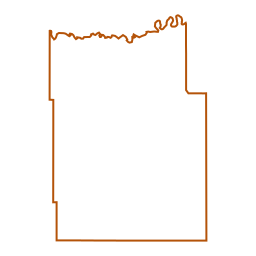 Tripp, South Dakota, United States of America (Equal Earth projection)
{"feature_id": "52423323B24567784344000", "entity_name": "Tripp", "entity_type": "district", "adm_level": 2, "iso_a3": "USA", "parent_name": "United States of America", "parent_adm1": "South Dakota", "projection": "equal_earth", "projection_center": [-99.824, 43.382], "detail": "fine", "context": "isolated", "style": "outline", "palette": "amber", "viewbox_px": 256, "rotation_deg": 0, "n_neighbors": 0, "source": "geoboundaries", "source_scale": "gbopen_adm2", "svg_char_len": 3009}
<svg xmlns="http://www.w3.org/2000/svg" viewBox="0 0 256 256"><path d="M49.7,30.8L49.6,99.7L53.3,99.9L53.3,125.4L53.2,202.3L56.6,202.2L56.6,240.4L72.7,240.4L72.8,240.4L74.5,240.4L93.6,240.5L95.1,240.5L100.3,240.5L110.1,240.5L112.4,240.5L112.5,240.5L117.7,240.6L119.8,240.6L128.9,240.6L130.7,240.6L132.9,240.6L135.2,240.6L141.5,240.6L144.3,240.6L145.7,240.6L146.4,240.6L149.1,240.6L153.6,240.6L159.3,240.6L163.0,240.6L164.7,240.6L168.7,240.6L169.2,240.6L198.5,240.6L206.1,240.6L206.4,240.6L206.1,93.3L203.9,93.4L198.0,93.3L192.2,93.3L188.4,93.3L186.1,90.1L186.1,85.2L186.1,80.5L186.1,72.6L186.1,70.0L186.1,62.2L186.1,53.5L186.0,45.0L186.0,35.2L186.0,23.8L185.7,22.8L185.4,23.0L184.9,23.4L184.5,23.8L184.0,24.1L183.4,24.3L182.9,24.5L182.1,24.4L181.9,24.2L181.6,23.8L181.7,23.2L181.8,22.6L181.9,22.4L181.8,21.5L182.0,21.1L182.1,20.3L182.0,19.7L181.9,19.2L181.6,18.1L181.1,17.2L180.4,16.8L179.6,16.3L178.6,15.5L178.1,15.4L177.4,15.4L176.9,15.7L176.5,15.9L176.2,16.3L176.2,16.9L176.3,17.6L176.5,17.9L176.7,18.5L176.6,19.1L176.8,19.7L176.9,20.1L177.0,20.7L177.0,21.9L177.3,22.5L177.3,23.4L177.4,24.1L177.2,24.7L176.8,25.2L176.5,25.5L176.2,25.9L175.8,26.1L175.4,26.4L174.6,26.6L173.0,26.6L172.2,26.6L171.9,26.5L171.6,26.1L171.2,25.8L170.9,25.0L171.1,24.3L171.3,23.7L171.7,23.2L171.9,22.9L172.2,22.5L172.3,22.2L172.5,21.9L172.8,21.3L173.0,21.0L173.1,20.6L173.0,20.1L172.9,19.6L172.8,19.1L172.6,18.6L172.3,18.1L171.8,17.7L171.2,17.5L170.7,17.1L170.2,17.2L169.6,17.7L169.2,18.2L169.0,18.7L168.6,19.3L168.3,19.6L167.9,19.7L167.6,20.0L167.3,20.5L167.0,21.1L166.9,21.6L166.8,22.0L166.6,22.4L166.6,22.9L166.6,23.7L166.6,24.2L166.5,24.9L166.4,25.2L165.9,25.6L165.0,26.6L164.0,27.6L163.7,28.2L163.2,28.7L162.9,29.0L162.4,29.2L161.7,29.3L161.2,29.1L160.9,28.9L160.5,28.6L160.2,28.3L159.8,27.9L160.2,27.4L160.4,26.8L160.6,26.2L160.7,25.6L160.7,24.9L160.7,24.5L160.4,24.2L160.2,23.7L160.2,23.2L160.1,22.9L160.0,21.6L159.9,21.2L159.5,20.8L158.9,20.6L158.1,20.7L157.3,21.0L155.3,22.8L154.9,26.4L156.0,27.9L158.3,30.4L158.0,31.8L157.7,31.8L157.2,31.8L154.2,31.5L150.1,32.0L148.4,31.6L146.5,31.9L146.7,32.9L145.4,34.8L142.2,35.9L139.3,37.3L135.3,35.4L133.7,34.4L133.3,35.6L134.4,36.7L134.8,37.2L133.9,37.7L133.1,37.2L132.3,37.1L132.4,39.6L131.8,42.1L129.5,42.6L128.2,42.0L126.7,40.4L127.3,39.6L125.8,36.9L123.0,35.1L121.3,36.4L120.4,37.0L118.5,38.5L116.8,37.1L115.1,35.9L112.7,35.4L112.1,35.4L111.7,36.2L111.6,36.9L110.6,37.8L108.9,37.0L107.3,36.9L106.9,37.6L105.2,37.9L104.9,36.8L103.2,35.0L101.6,34.8L101.8,35.7L100.8,37.0L100.0,37.0L99.3,35.5L100.0,33.9L99.0,32.6L97.4,33.3L96.3,34.3L95.3,35.0L94.1,34.6L93.0,33.6L91.1,34.4L91.3,35.4L89.7,37.0L88.1,37.0L84.1,37.1L83.1,38.6L81.3,38.7L80.2,37.8L77.2,37.3L77.2,38.3L76.0,39.1L74.5,37.4L73.4,35.2L72.0,34.0L70.0,33.6L69.3,34.7L69.7,35.0L70.3,35.4L69.5,36.2L68.8,35.9L65.7,33.7L63.8,33.2L61.4,33.1L58.9,33.0L56.9,34.2L56.7,35.4L56.0,37.3L55.3,38.6L54.1,39.4L53.8,38.8L52.4,37.4L51.1,34.5L51.4,32.0L51.1,31.0L50.0,30.7L49.7,30.8Z" fill="none" stroke="#b45309" stroke-width="2"/></svg>